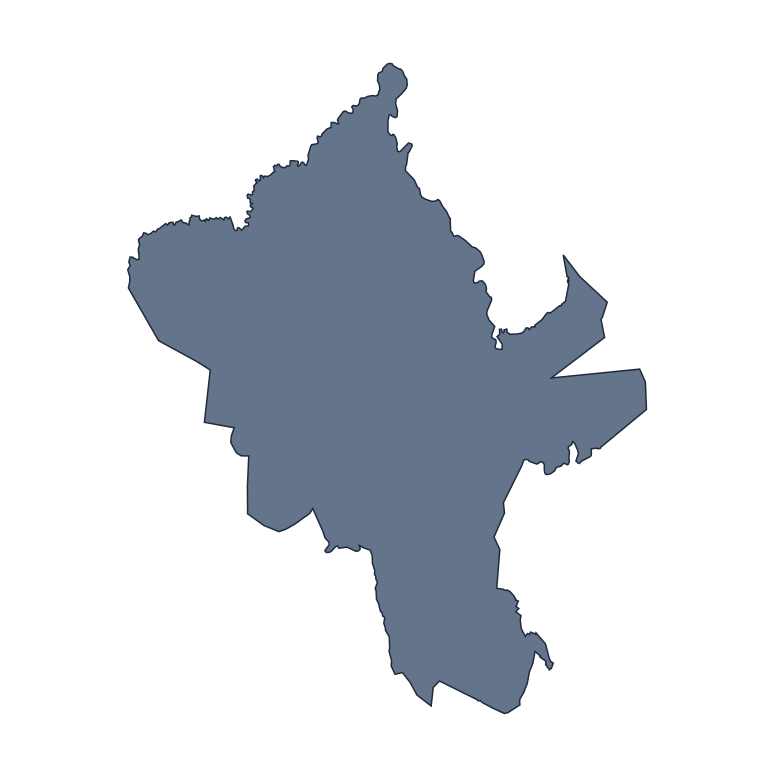 Tlaquiltenango, Morelos, Mexico, rotated 184°
{"feature_id": "50627088B38776032465791", "entity_name": "Tlaquiltenango", "entity_type": "district", "adm_level": 2, "iso_a3": "MEX", "parent_name": "Mexico", "parent_adm1": "Morelos", "projection": "natural_earth1", "projection_center": [-99.069, 18.498], "detail": "fine", "context": "isolated", "style": "filled", "palette": "slate", "viewbox_px": 768, "rotation_deg": 184, "n_neighbors": 0, "source": "geoboundaries", "source_scale": "gbopen_adm2", "svg_char_len": 6152}
<svg xmlns="http://www.w3.org/2000/svg" viewBox="0 0 768 768"><g transform="rotate(184 384 384)"><path d="M398.1,703.9L400.1,704.3L402.9,703.5L406.9,699.0L407.7,695.6L410.8,694.0L411.7,692.5L411.6,686.1L409.5,682.0L408.7,677.2L409.6,675.5L409.9,672.4L412.3,670.6L415.2,671.0L420.2,669.8L423.7,667.8L426.8,667.7L427.8,666.2L428.2,662.0L429.4,660.2L430.8,659.4L434.2,659.7L435.2,658.8L435.4,657.9L434.0,655.7L433.8,653.4L435.0,651.8L438.2,651.9L441.6,653.6L443.5,653.1L448.6,645.1L448.8,643.8L447.4,640.8L448.0,640.1L451.7,641.4L454.8,641.2L454.8,636.3L458.6,634.5L463.2,629.2L463.6,627.0L464.9,626.2L467.7,626.6L467.9,625.0L466.4,620.4L467.4,619.0L472.8,617.7L473.8,615.5L475.7,607.0L475.0,602.8L476.6,596.9L478.6,597.1L479.1,598.6L480.9,599.7L481.9,599.1L483.3,596.2L485.0,595.2L485.5,596.6L484.8,597.9L484.9,599.5L485.7,600.2L490.5,600.4L493.2,600.0L493.0,596.1L494.2,594.8L496.3,594.8L497.7,592.7L501.4,593.2L502.9,594.1L503.8,595.6L504.9,596.0L506.3,594.3L508.0,594.7L509.5,593.1L507.8,588.2L509.4,587.4L511.4,584.9L514.5,582.9L517.7,583.0L518.5,581.2L520.0,583.3L521.9,583.3L521.7,578.3L522.8,578.1L524.9,579.6L526.3,578.9L526.4,577.6L525.3,577.1L524.5,575.7L526.0,575.1L526.0,574.4L527.7,572.7L527.0,568.1L528.5,566.5L528.5,563.8L529.7,563.3L532.5,563.9L533.4,563.5L533.6,562.7L532.9,559.8L531.0,559.6L530.5,559.0L530.0,555.2L528.0,554.8L529.7,553.2L529.6,551.6L526.7,550.2L529.3,546.4L532.0,547.1L532.8,546.5L532.0,544.2L530.4,543.4L529.0,541.4L529.7,540.3L532.8,539.2L534.0,537.5L533.6,535.5L530.6,535.2L530.0,533.1L530.5,532.2L533.7,531.7L536.5,527.4L539.5,529.7L541.0,529.6L541.2,527.2L542.6,526.7L543.9,527.4L545.2,529.7L545.3,531.2L549.2,539.9L550.5,538.2L551.3,538.1L552.6,539.3L554.0,539.3L554.8,538.5L555.2,536.5L559.0,538.7L561.1,536.9L563.0,538.3L565.0,536.4L569.4,537.5L569.8,535.5L570.4,535.1L572.7,536.5L573.5,533.8L574.5,535.2L576.8,534.0L578.8,534.9L579.6,536.2L580.1,538.8L582.6,538.1L587.6,538.9L587.9,537.3L589.3,535.8L588.7,533.9L589.6,532.8L589.6,529.3L590.6,529.3L592.5,530.7L595.8,531.0L597.8,533.5L601.3,531.2L602.6,531.1L604.0,527.8L604.8,528.1L605.8,530.6L609.5,530.0L611.0,527.4L613.0,528.8L618.6,523.7L620.8,522.6L622.2,519.9L624.7,520.4L627.2,517.8L630.4,516.4L632.0,517.8L634.4,518.0L635.3,514.8L639.0,511.2L638.6,508.6L637.5,506.5L638.5,501.0L637.1,493.6L637.3,491.2L639.6,490.8L643.8,493.0L646.2,492.9L647.0,487.8L645.5,484.3L647.6,480.1L645.0,473.1L644.8,468.1L645.7,462.0L611.9,411.5L572.2,393.3L558.3,385.8L560.5,333.2L530.4,329.9L532.6,321.7L532.8,315.0L526.6,305.2L521.6,302.4L513.9,302.8L513.1,272.2L511.0,245.0L493.8,234.4L478.5,229.4L471.9,232.2L463.6,237.7L449.0,249.8L446.4,254.8L434.7,232.8L432.1,226.4L427.9,222.3L427.4,219.9L431.4,213.6L429.9,211.9L426.7,212.3L424.8,213.6L420.5,218.9L419.4,219.4L417.5,217.0L409.7,218.7L400.2,215.1L397.7,215.8L396.3,217.6L396.6,219.6L398.2,221.8L393.1,219.2L386.2,217.3L383.8,211.9L383.0,204.2L380.1,197.0L380.2,193.3L378.9,191.8L378.4,188.5L376.7,185.9L378.3,180.2L378.3,178.5L377.5,177.6L376.5,168.8L374.0,164.3L371.6,156.8L370.1,155.9L369.1,152.5L367.0,151.0L367.5,145.3L365.5,140.5L365.4,138.4L361.1,132.2L360.0,121.7L360.3,117.6L357.1,108.5L357.2,103.4L352.8,95.2L345.5,97.4L337.1,88.1L329.4,76.0L314.5,66.1L313.7,84.7L308.0,91.6L269.2,75.6L268.0,74.4L265.8,74.9L264.4,73.4L253.1,68.3L240.9,63.7L237.3,64.9L226.0,73.4L226.6,76.8L226.3,79.6L223.3,85.4L220.2,95.2L218.9,106.9L216.0,115.9L214.7,127.7L209.0,123.6L209.5,122.9L208.7,122.1L203.3,118.8L203.1,114.9L201.9,114.5L201.3,112.8L199.5,111.4L199.2,110.4L197.2,112.0L195.7,117.4L198.4,118.9L200.1,122.0L204.8,136.1L215.1,146.4L215.4,145.1L220.5,146.7L221.3,144.3L223.5,145.0L225.3,142.2L227.0,144.6L230.0,149.6L231.6,157.7L231.2,162.5L236.7,166.0L233.8,169.4L236.7,171.2L234.9,176.9L237.7,177.7L237.5,178.5L239.8,181.8L243.9,185.8L247.0,187.1L249.0,186.5L250.4,187.5L257.3,188.1L256.9,227.0L263.6,239.0L254.8,263.7L256.6,273.9L241.1,311.5L239.0,318.4L235.1,318.6L233.7,317.0L226.4,314.9L225.5,314.9L222.4,317.2L220.7,317.3L218.5,315.0L218.0,308.8L217.2,306.1L216.2,305.1L214.9,305.0L211.3,306.2L207.7,309.3L206.4,312.7L201.7,314.4L199.1,317.6L195.2,316.2L194.6,316.7L193.7,319.7L194.4,323.5L194.2,328.6L194.8,331.1L196.0,332.8L195.5,334.2L192.5,336.7L191.8,339.7L190.5,339.0L188.9,336.8L186.0,330.9L185.2,327.7L187.2,320.7L184.9,318.6L183.7,318.3L181.0,321.2L173.0,326.1L172.2,327.5L172.6,333.9L167.6,334.8L166.3,334.3L163.8,334.7L163.2,336.2L120.4,376.9L123.4,404.3L130.0,416.7L217.5,401.7L167.2,445.8L172.0,463.6L170.7,466.0L167.0,481.2L196.3,504.9L214.2,525.2L208.8,503.7L207.0,503.1L208.1,500.0L207.9,498.9L206.9,500.4L206.6,499.8L207.6,498.1L206.6,497.0L208.7,479.3L212.5,475.8L212.5,474.6L214.4,474.2L223.0,466.4L224.5,466.9L226.5,466.1L230.8,459.3L237.6,453.2L237.2,451.7L240.7,451.2L243.2,448.4L244.3,450.0L246.2,449.8L248.2,446.0L250.0,444.5L254.3,443.2L261.5,442.4L264.6,444.0L265.4,447.4L268.1,446.3L267.7,445.1L268.6,443.4L269.8,444.1L270.7,446.9L272.6,446.6L272.1,441.6L274.6,439.2L269.0,432.2L268.5,426.7L273.6,426.8L275.5,427.8L275.8,429.7L275.0,433.3L275.6,436.1L278.1,436.8L280.0,438.3L279.7,441.4L277.5,449.0L283.8,455.3L286.4,460.8L286.3,463.9L282.8,474.3L282.5,475.9L282.9,477.8L285.1,478.8L288.6,483.2L288.4,485.7L289.0,488.5L290.4,491.2L293.2,493.8L296.2,493.2L297.7,491.7L300.8,490.9L302.1,493.2L301.2,502.8L295.1,507.8L292.7,510.7L292.6,513.2L295.7,520.2L297.5,522.8L300.9,525.4L302.7,526.4L305.5,526.8L312.7,532.7L319.3,536.7L321.3,537.3L324.7,536.2L326.7,539.9L328.3,541.5L329.5,554.0L330.1,554.1L333.8,560.7L337.6,564.9L341.4,570.9L343.2,571.8L345.5,569.9L349.4,569.6L355.5,571.2L359.4,573.2L360.6,575.1L362.3,581.6L363.9,582.2L368.2,589.9L377.5,598.3L377.6,602.8L376.8,604.3L376.1,616.1L374.9,617.6L372.5,623.5L373.0,625.3L376.4,626.1L383.8,617.4L384.7,616.8L386.8,617.2L387.8,621.6L387.6,624.8L389.5,630.6L391.5,633.5L392.8,633.6L393.3,632.5L394.8,632.6L397.6,635.7L398.4,646.5L397.7,651.9L397.4,652.9L396.1,653.1L394.6,651.5L391.0,650.5L389.6,651.8L389.6,657.8L392.0,664.4L391.7,669.3L386.6,674.8L382.4,680.6L381.7,684.0L382.5,689.6L385.3,693.1L386.9,696.7L388.7,698.8L390.1,699.5L390.9,699.2L397.0,702.2L398.1,703.9Z" fill="#64748b" stroke="#1e293b" stroke-width="1.5"/></g></svg>